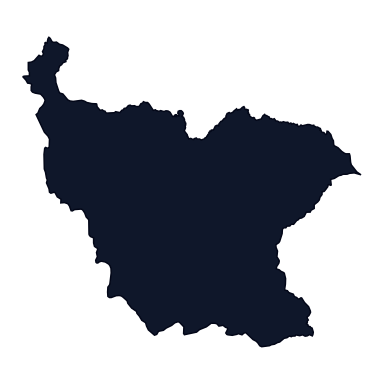 Chai Prakan, Chiang Mai, Thailand (Robinson projection)
{"feature_id": "78962969B89522640668309", "entity_name": "Chai Prakan", "entity_type": "district", "adm_level": 2, "iso_a3": "THA", "parent_name": "Thailand", "parent_adm1": "Chiang Mai", "projection": "robinson", "projection_center": [99.191, 19.697], "detail": "fine", "context": "isolated", "style": "filled", "palette": "ink", "viewbox_px": 384, "rotation_deg": 0, "n_neighbors": 0, "source": "geoboundaries", "source_scale": "gbopen_adm2", "svg_char_len": 5944}
<svg xmlns="http://www.w3.org/2000/svg" viewBox="0 0 384 384"><path d="M361.0,174.8L356.8,171.9L351.3,164.9L350.6,162.3L350.0,155.8L349.4,153.8L345.8,153.8L344.5,153.3L341.8,151.5L338.0,147.7L334.2,145.7L333.7,144.5L333.4,140.7L332.1,138.5L330.8,134.5L328.0,131.3L327.0,131.2L326.7,134.2L325.6,134.5L323.8,132.5L321.8,132.3L321.0,130.3L320.1,130.2L320.6,129.3L320.3,128.5L319.6,128.6L319.0,127.8L317.3,127.0L315.8,127.1L315.2,126.5L314.4,126.5L313.8,125.2L312.0,125.5L309.6,124.6L307.8,124.5L302.3,125.8L301.0,125.0L300.8,125.5L298.7,126.6L298.1,126.3L297.3,124.5L296.4,125.1L296.1,124.5L295.5,124.6L293.3,123.4L291.7,124.3L290.9,123.0L288.9,123.7L287.8,122.2L285.6,122.4L283.2,121.7L281.7,122.7L280.9,122.0L279.6,122.4L277.7,121.1L276.0,121.0L274.3,118.7L272.8,119.3L271.0,118.5L269.8,118.7L269.0,116.8L267.5,116.3L266.8,115.6L265.4,115.4L264.7,114.4L263.0,115.7L261.2,119.0L256.4,120.3L254.6,119.0L254.5,118.0L253.8,117.5L252.5,117.9L250.3,116.7L249.6,115.6L249.5,114.4L248.1,113.5L248.5,112.7L248.0,111.5L248.3,110.1L247.8,109.6L247.0,109.8L246.4,109.3L245.5,109.5L244.8,109.1L244.5,107.4L243.9,106.6L242.4,107.3L240.1,109.6L239.1,109.4L237.4,110.1L236.6,108.8L233.3,111.5L233.0,112.3L230.4,113.3L229.2,112.5L227.1,113.5L225.9,116.2L226.1,117.5L224.0,118.7L221.9,121.2L220.9,121.4L219.0,123.8L218.6,125.8L217.3,125.2L215.3,126.1L213.5,129.9L211.3,130.1L211.0,131.1L210.0,131.0L209.7,132.1L208.9,132.4L209.1,133.5L207.9,134.5L207.6,135.9L206.8,136.1L206.3,137.4L204.9,138.0L204.5,138.8L201.3,140.0L199.6,139.0L197.3,139.1L196.3,138.0L194.1,138.7L194.0,139.4L193.1,139.6L190.8,138.4L188.6,138.8L187.8,136.4L187.1,136.0L187.4,135.6L187.2,134.7L184.3,130.9L185.5,127.8L185.1,125.4L185.8,124.9L185.5,124.2L185.8,123.2L185.0,122.6L185.0,121.6L184.3,120.3L184.5,119.5L183.5,117.2L181.9,116.5L183.0,114.4L183.3,113.2L182.4,111.7L181.2,110.7L179.6,110.7L178.2,111.3L177.8,113.2L178.8,113.8L178.9,115.9L177.9,115.9L176.6,114.8L175.7,114.7L175.5,115.2L176.2,116.6L174.9,116.5L174.5,115.5L173.7,116.4L172.6,116.6L170.1,112.3L168.0,111.0L165.9,110.8L164.5,111.4L163.2,111.4L160.7,110.6L159.0,111.3L156.1,110.5L155.4,109.8L153.3,110.4L149.0,103.9L148.5,103.9L148.0,102.8L147.5,102.5L146.5,102.9L146.3,102.5L145.3,102.5L143.4,101.7L142.7,103.0L140.9,103.7L139.2,106.4L137.3,106.6L135.5,106.4L134.8,105.7L131.4,105.9L130.4,105.2L129.1,105.3L127.8,106.1L126.4,108.0L124.2,108.4L123.0,110.0L121.8,110.3L119.9,112.6L115.6,111.7L114.4,112.7L106.7,113.1L105.9,112.7L105.0,111.2L103.4,110.8L102.4,109.9L100.1,110.3L97.1,106.7L96.7,104.1L96.3,103.8L91.9,103.6L86.8,102.5L84.6,101.2L81.6,100.3L73.2,101.4L70.0,101.0L67.8,99.9L62.9,94.0L59.7,93.0L58.7,91.2L55.9,82.6L55.6,77.9L54.4,74.8L56.2,71.9L58.6,70.6L58.7,68.6L59.6,66.0L61.6,64.7L63.0,62.7L65.9,61.6L65.5,60.1L66.8,59.4L67.5,58.3L67.5,57.2L68.0,55.7L67.6,52.3L68.7,49.2L67.5,47.9L62.7,45.0L59.5,44.3L56.5,42.1L53.7,42.4L52.1,41.8L50.2,38.4L48.9,37.3L48.0,38.6L47.0,43.2L45.4,42.5L44.9,43.0L45.1,44.9L44.0,46.4L43.9,48.9L42.5,51.6L43.5,53.8L42.5,55.8L40.9,56.3L39.0,55.3L34.2,60.7L31.4,62.1L28.3,62.5L28.3,70.0L29.4,72.2L29.4,75.9L24.8,76.1L23.3,76.4L23.0,76.9L25.9,80.1L27.6,83.1L30.8,83.6L31.7,84.8L31.2,86.8L31.2,90.5L32.5,92.1L35.1,93.1L40.6,94.1L43.2,96.8L44.7,99.1L45.1,100.7L43.8,104.1L42.0,106.5L39.8,108.5L37.9,113.1L36.1,114.6L44.4,132.2L48.0,136.1L49.5,139.1L49.2,147.0L48.2,148.0L47.0,148.1L45.7,147.4L44.7,148.2L44.0,154.4L44.3,169.0L45.5,172.3L46.5,178.1L47.3,179.9L46.5,182.9L49.0,188.7L49.5,192.2L50.9,193.2L54.2,192.2L55.0,192.6L57.3,196.9L60.7,199.0L61.0,199.6L60.8,202.9L64.5,202.6L67.8,203.7L69.4,205.9L71.1,210.7L72.4,210.9L74.5,209.6L80.5,209.1L81.8,209.3L82.8,210.1L84.7,212.9L86.2,217.0L88.4,219.3L88.8,220.3L89.0,234.2L89.3,235.1L90.4,236.5L93.6,237.9L93.6,243.0L94.5,246.4L97.6,248.5L97.7,249.2L96.5,252.6L97.4,256.8L95.7,260.2L96.0,262.3L96.6,262.9L97.8,263.0L99.4,261.8L101.4,261.2L105.3,262.0L108.7,264.1L109.9,265.6L111.0,268.4L111.2,272.9L109.9,283.8L109.4,285.2L107.9,287.1L107.6,292.1L107.9,296.4L109.4,297.5L111.3,297.5L116.2,295.7L119.2,295.5L121.3,295.9L123.1,297.2L127.1,300.8L127.9,303.4L131.7,308.1L136.5,311.4L137.0,313.4L139.3,316.1L141.8,320.3L145.6,322.7L146.6,326.2L148.4,329.9L154.5,335.2L156.7,334.4L158.5,331.3L163.4,330.3L166.3,328.0L171.7,325.4L174.8,322.8L178.1,321.7L179.5,322.3L183.9,326.9L183.6,333.5L184.4,334.7L196.6,332.1L199.5,329.6L206.4,326.8L211.2,323.2L215.2,323.3L217.0,323.9L218.9,326.1L223.0,325.3L225.5,327.3L227.3,327.9L227.6,328.4L227.4,329.8L225.8,333.0L226.8,334.4L227.9,334.8L232.3,335.3L237.0,334.3L238.1,333.6L242.0,334.8L244.0,333.1L245.7,332.6L253.1,339.6L256.0,341.1L257.7,342.7L259.8,345.8L261.7,346.7L269.5,345.7L271.4,344.7L274.5,344.2L277.4,342.6L279.7,342.0L284.1,338.3L287.0,337.7L289.4,336.0L291.3,336.7L292.3,336.1L295.1,336.0L296.0,334.9L299.7,335.7L302.5,334.8L305.0,336.1L305.9,336.1L307.4,335.8L309.4,334.6L312.3,335.9L312.9,334.6L313.3,332.2L312.1,328.1L310.9,327.6L310.1,326.6L308.3,326.3L308.0,324.9L306.4,323.8L306.4,323.3L307.3,322.8L307.3,321.1L308.3,320.0L307.3,318.3L307.1,317.0L308.9,315.6L310.5,312.5L310.4,311.1L308.6,306.7L304.5,302.5L301.7,298.0L301.0,297.8L299.1,299.0L298.0,298.9L296.7,297.5L294.4,296.6L293.3,294.2L288.9,292.6L287.4,290.7L284.9,290.1L284.7,288.9L285.4,284.2L285.6,278.6L284.3,273.2L283.5,272.5L280.9,271.3L279.2,269.8L276.3,268.9L276.6,266.7L278.8,263.2L279.2,261.6L279.1,260.3L276.9,256.8L277.5,251.1L276.0,247.3L275.9,244.7L278.8,242.7L279.7,241.3L282.1,233.7L282.4,229.4L283.2,228.2L283.9,227.8L285.8,227.8L287.0,226.1L289.8,226.0L291.3,224.2L293.6,224.3L296.6,220.6L298.5,219.6L299.2,218.4L301.6,218.0L304.2,216.4L306.3,212.2L310.2,212.1L311.1,210.2L314.2,208.5L314.2,204.7L317.7,201.9L319.3,199.9L319.9,197.4L322.0,194.6L322.1,191.9L324.1,191.4L324.8,190.7L327.7,186.8L328.2,184.8L328.9,184.6L330.6,185.3L331.2,185.0L330.6,179.4L334.4,178.4L338.9,175.6L341.1,175.2L342.9,174.3L347.1,174.2L349.6,173.3L354.3,172.9L361.0,174.8Z" fill="#0f172a" stroke="#020617" stroke-width="1.5"/></svg>